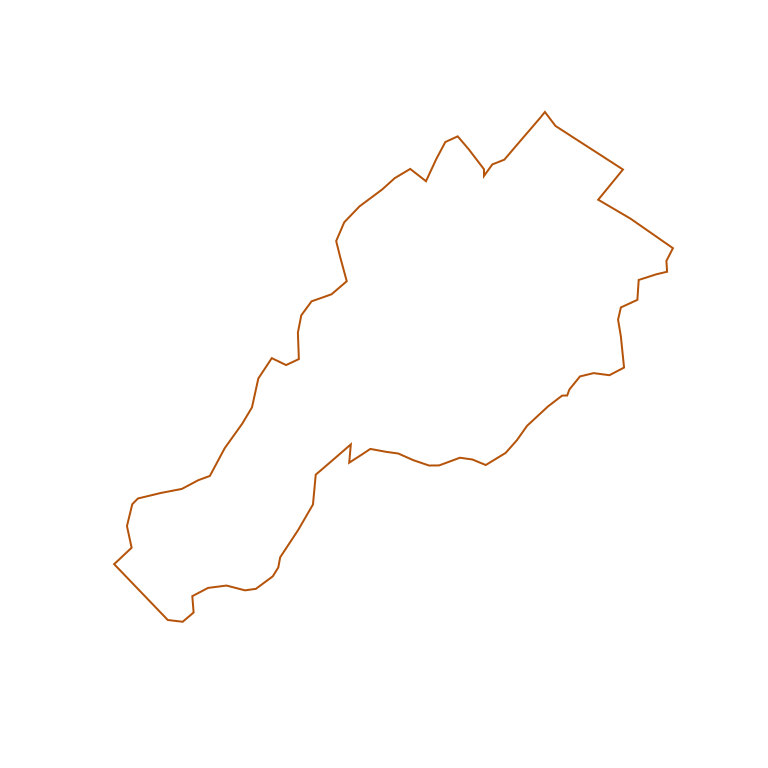 the district of Kolossi, Limassol, Cyprus, rotated 228°
{"feature_id": "46923920B20353640132461", "entity_name": "Kolossi", "entity_type": "district", "adm_level": 2, "iso_a3": "CYP", "parent_name": "Cyprus", "parent_adm1": "Limassol", "projection": "robinson", "projection_center": [32.934, 34.671], "detail": "fine", "context": "isolated", "style": "outline", "palette": "amber", "viewbox_px": 768, "rotation_deg": 228, "n_neighbors": 0, "source": "geoboundaries", "source_scale": "gbopen_adm2", "svg_char_len": 1287}
<svg xmlns="http://www.w3.org/2000/svg" viewBox="0 0 768 768"><g transform="rotate(228 384 384)"><path d="M278.0,669.5L286.5,676.2L291.6,689.6L342.0,677.8L377.6,666.5L383.5,705.1L461.0,684.1L478.5,685.6L477.3,678.2L473.7,650.1L470.2,623.5L474.7,611.5L471.7,597.5L476.7,602.0L501.5,604.0L518.7,604.5L522.8,591.5L516.2,573.4L510.2,559.3L506.6,550.9L526.3,547.4L529.8,529.8L529.8,512.8L532.4,484.7L530.8,462.7L523.2,446.2L522.2,444.1L508.1,436.6L485.3,425.1L485.8,405.0L493.9,385.5L490.4,368.5L479.8,354.4L459.5,337.4L463.6,323.9L478.3,317.9L472.2,294.3L455.0,270.3L449.4,252.2L442.9,222.7L432.2,193.1L436.8,181.6L441.3,163.6L452.5,145.0L463.6,124.5L463.1,116.5L450.4,97.9L431.2,86.9L430.7,62.9L353.3,65.4L342.0,75.3L341.6,89.6L354.6,99.6L350.2,116.8L339.6,132.1L323.7,142.6L317.5,151.7L315.5,172.7L318.4,182.7L324.7,190.9L332.9,222.4L342.0,250.6L362.3,272.6L361.8,293.1L361.3,318.9L348.8,305.5L346.4,320.3L344.9,330.4L331.9,340.4L322.8,348.1L307.8,354.8L293.3,362.9L286.6,370.5L278.4,391.1L268.7,399.2L255.7,405.4L251.4,428.3L253.3,445.1L257.2,462.3L257.6,490.9L256.2,508.6L252.9,512.4L255.9,518.2L258.5,534.7L251.8,547.1L239.7,557.4L235.6,573.4L261.2,592.1L275.2,601.0L282.4,611.3L277.0,628.6L290.9,642.9L283.3,659.8L278.0,669.5Z" fill="none" stroke="#b45309" stroke-width="2"/></g></svg>